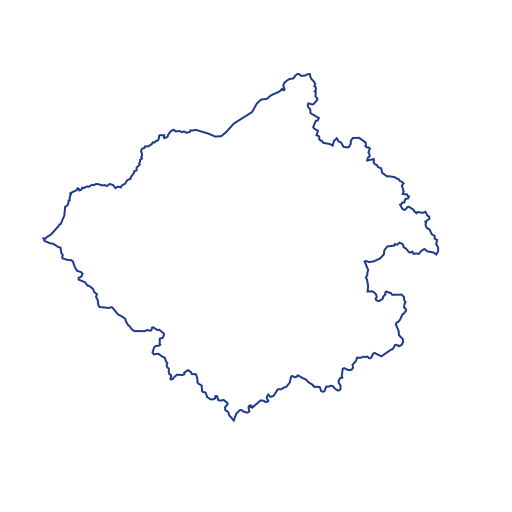 the district of Huiliches, Neuquén, Argentina, rotated 145°
{"feature_id": "61730980B75660067581001", "entity_name": "Huiliches", "entity_type": "district", "adm_level": 2, "iso_a3": "ARG", "parent_name": "Argentina", "parent_adm1": "Neuquén", "projection": "equal_earth", "projection_center": [-71.371, -39.778], "detail": "fine", "context": "isolated", "style": "outline", "palette": "blue", "viewbox_px": 512, "rotation_deg": 145, "n_neighbors": 0, "source": "geoboundaries", "source_scale": "gbopen_adm2", "svg_char_len": 6132}
<svg xmlns="http://www.w3.org/2000/svg" viewBox="0 0 512 512"><g transform="rotate(145 256 256)"><path d="M368.6,134.0L362.6,138.1L357.7,139.0L356.1,138.1L355.4,135.5L352.7,132.5L350.6,132.5L349.1,136.1L348.0,137.0L346.7,137.1L345.6,136.0L345.9,135.6L346.6,135.9L347.0,135.2L346.0,133.9L335.1,135.1L332.6,132.9L332.0,130.9L329.5,129.9L329.0,130.2L328.7,133.4L327.9,134.4L325.5,135.5L325.1,132.4L321.9,131.3L314.4,134.3L311.3,132.1L309.7,132.4L306.1,131.5L301.1,132.9L296.4,137.1L295.7,137.1L294.9,136.7L293.9,134.4L291.6,133.7L290.4,134.3L289.6,133.3L288.0,129.5L285.9,126.2L285.5,122.7L283.4,117.8L283.7,116.6L283.0,115.7L283.2,115.3L279.3,112.5L279.0,111.6L280.1,108.2L279.5,106.8L277.6,105.9L273.4,108.7L271.1,107.2L269.0,106.8L267.5,105.0L267.5,102.3L266.1,98.7L264.1,98.1L262.8,98.9L261.1,101.3L260.9,104.8L260.0,106.3L257.3,107.7L255.1,106.8L254.6,108.5L249.7,113.8L248.1,113.6L246.0,109.9L244.3,108.5L242.6,108.1L240.6,108.8L239.4,111.5L234.0,112.8L231.6,114.8L228.8,112.7L225.7,111.9L224.7,110.7L222.6,109.8L221.9,107.4L221.1,106.7L219.6,106.8L216.1,108.8L214.5,108.6L210.9,101.9L198.5,101.8L197.5,101.2L193.2,103.3L192.1,102.9L191.6,101.7L190.7,101.2L190.6,100.0L187.2,99.7L185.7,101.0L184.8,101.1L183.4,103.7L184.3,109.2L182.1,112.9L180.7,119.9L178.6,120.9L177.5,120.4L174.8,121.1L169.4,124.2L168.0,124.0L164.5,125.2L163.7,126.3L164.2,129.1L161.4,131.9L160.0,132.4L159.9,134.9L158.3,137.3L158.8,140.8L166.7,146.1L166.8,148.5L168.2,149.8L169.4,152.1L171.1,151.9L172.0,150.3L175.2,149.8L176.0,148.6L178.5,148.2L181.5,148.7L182.8,150.9L182.7,152.2L180.5,153.3L179.7,155.7L180.2,158.8L181.2,160.5L185.0,162.9L181.5,166.9L178.7,172.7L178.2,175.4L175.5,176.7L174.5,178.4L172.1,180.2L170.2,189.2L169.1,189.1L166.7,186.0L162.4,184.0L155.9,182.8L150.3,184.0L147.5,187.1L142.9,188.5L136.8,185.2L135.5,186.1L133.9,184.3L130.7,184.6L129.1,181.7L129.5,179.4L130.1,178.5L128.8,175.9L128.6,171.6L127.8,170.4L125.4,169.8L125.7,167.4L124.3,166.9L121.2,164.3L118.2,165.3L114.0,165.2L113.1,161.7L108.4,156.8L107.5,153.8L104.0,155.4L101.8,158.8L101.6,162.5L98.4,165.1L99.7,167.8L98.2,169.8L99.5,173.1L98.6,178.3L99.9,180.6L99.8,182.9L98.9,184.8L97.7,185.5L97.7,187.0L92.7,187.0L91.5,188.9L92.5,190.8L91.8,195.0L94.5,195.6L98.5,199.4L100.1,199.0L100.7,202.2L100.3,203.1L102.4,208.4L103.6,209.2L107.8,208.4L109.1,210.5L108.5,215.4L106.7,215.2L105.4,215.9L104.0,214.8L100.7,217.1L98.6,215.9L96.5,217.0L97.3,218.1L97.0,219.9L100.3,222.5L97.9,224.3L98.0,225.2L97.2,226.2L96.3,229.9L93.5,230.8L93.9,233.2L95.0,234.7L95.2,237.5L96.2,238.5L97.2,241.1L101.8,245.5L102.9,245.8L105.0,251.9L103.2,255.9L105.1,259.0L104.8,261.4L105.9,262.7L106.1,264.0L105.9,265.6L104.5,266.7L104.0,267.9L110.1,270.4L108.4,272.2L105.7,272.5L104.6,274.7L104.5,276.4L101.0,278.7L101.9,280.9L103.1,281.6L103.4,283.3L102.0,284.2L101.1,286.2L103.8,293.7L109.0,297.1L112.2,296.0L114.0,293.6L117.3,292.0L118.9,292.5L121.7,295.3L121.2,300.2L122.6,302.6L122.3,306.1L126.2,305.5L129.9,302.5L131.1,305.1L136.0,310.1L136.1,312.9L136.9,313.4L137.3,315.4L136.0,316.9L135.8,318.2L137.2,320.2L133.5,322.9L135.3,327.3L135.2,328.8L129.4,332.5L127.6,331.6L125.4,332.9L129.4,341.7L127.6,344.8L127.5,346.6L127.9,347.5L127.4,349.5L125.5,351.0L123.2,348.0L121.7,347.4L116.0,348.9L115.4,350.1L115.8,352.5L113.1,355.9L113.5,357.2L111.9,357.5L111.0,358.6L110.3,360.2L110.8,361.5L108.8,363.0L108.5,365.6L109.1,369.5L108.6,371.9L107.5,374.1L109.5,375.3L112.3,375.6L115.8,377.8L116.3,380.2L117.6,381.3L120.4,381.2L123.4,380.0L127.2,381.8L129.9,382.0L133.3,381.6L135.0,380.7L135.9,379.8L136.9,376.4L137.9,376.8L138.1,376.0L139.2,377.0L139.1,377.9L142.6,377.3L151.5,379.0L157.0,378.5L162.0,381.1L163.5,381.1L168.1,380.3L176.6,376.2L198.2,377.2L210.0,374.5L215.7,374.1L220.8,377.1L225.1,384.0L233.0,393.9L236.6,395.4L237.5,396.5L238.9,395.6L242.3,396.8L243.5,399.3L245.6,399.9L246.8,402.0L250.5,404.3L250.7,406.1L251.2,406.7L254.2,407.1L258.3,405.8L260.1,404.4L263.5,405.1L263.4,406.2L261.9,407.5L265.4,410.1L266.5,410.0L267.7,408.4L270.0,406.9L271.8,407.6L274.4,407.3L275.4,408.3L277.5,407.4L281.4,407.6L283.9,409.4L285.4,408.5L287.8,409.3L290.2,407.6L290.6,405.7L292.0,403.4L293.1,403.0L293.5,401.2L295.7,401.3L296.7,399.9L298.6,398.8L298.8,397.6L303.0,396.9L304.8,394.6L307.2,395.3L307.9,394.3L313.7,392.2L314.4,391.2L318.0,391.9L321.6,390.4L326.0,390.6L327.3,389.7L329.4,392.1L332.2,392.2L332.4,396.2L334.7,399.0L337.3,398.7L338.5,399.3L339.1,400.8L341.2,401.8L344.5,405.9L345.9,406.8L348.3,407.1L349.5,408.4L353.1,408.5L354.5,409.9L357.8,410.3L359.1,411.6L361.3,410.4L363.1,411.0L362.6,412.6L363.3,413.8L365.1,412.8L371.7,413.9L372.3,413.7L372.1,412.8L374.4,411.5L376.8,408.5L377.7,408.9L379.6,406.8L381.7,405.6L384.2,405.7L389.8,399.1L397.6,394.2L399.2,394.5L400.7,393.7L411.6,391.2L416.9,391.5L418.5,391.0L420.0,392.3L420.5,389.5L417.2,384.3L415.1,382.4L412.9,376.8L411.3,375.1L413.7,370.2L413.8,367.5L415.3,366.4L415.8,365.0L412.3,360.5L409.9,358.8L409.1,356.6L410.8,350.9L411.1,346.5L408.5,343.1L408.3,340.9L410.6,339.4L414.0,339.8L414.8,338.4L411.1,332.5L411.0,328.3L409.9,327.5L408.4,322.6L409.2,319.1L408.2,315.9L410.5,314.3L410.9,310.7L413.2,306.5L413.5,304.0L406.2,297.7L404.1,297.2L403.2,296.2L402.6,287.5L400.4,283.2L399.1,279.3L399.9,277.7L400.4,273.0L399.8,270.7L399.8,267.4L398.7,264.3L390.5,258.4L387.5,257.7L385.2,255.2L384.3,255.2L382.3,256.9L381.2,256.7L379.2,251.9L377.6,251.1L376.5,247.7L376.1,244.9L376.7,244.1L379.4,242.5L382.2,243.5L385.2,239.4L385.3,238.3L386.6,238.1L389.6,239.7L391.6,239.7L396.1,236.4L396.1,234.1L392.1,232.0L390.5,227.3L389.1,225.1L390.1,221.7L390.1,219.1L391.4,218.3L392.6,216.4L392.0,213.6L393.7,211.5L394.8,209.1L393.9,207.3L394.5,206.0L396.6,204.5L396.6,203.7L395.1,202.9L392.0,203.8L388.6,204.0L384.6,200.7L382.6,200.2L381.7,201.6L377.1,201.5L375.9,198.0L376.3,196.1L373.0,193.5L374.1,189.8L376.4,186.1L376.4,184.4L374.8,181.1L377.6,176.4L377.4,174.9L376.1,173.8L375.7,172.6L376.9,168.4L375.5,164.8L373.5,163.2L371.0,162.8L369.8,164.5L368.6,164.0L368.5,162.5L369.6,159.5L367.9,157.8L365.1,156.7L363.7,151.8L364.4,150.8L368.1,149.9L369.6,147.3L368.5,145.0L368.4,143.5L369.3,141.0L368.6,134.0Z" fill="none" stroke="#1e3a8a" stroke-width="2"/></g></svg>